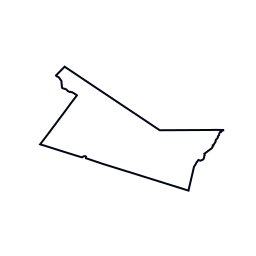 the district of Pastos Bons, Maranhão, Brazil, rotated 246°
{"feature_id": "56859067B22481122312291", "entity_name": "Pastos Bons", "entity_type": "district", "adm_level": 2, "iso_a3": "BRA", "parent_name": "Brazil", "parent_adm1": "Maranhão", "projection": "equal_earth", "projection_center": [-44.164, -6.652], "detail": "fine", "context": "isolated", "style": "outline", "palette": "ink", "viewbox_px": 256, "rotation_deg": 246, "n_neighbors": 0, "source": "geoboundaries", "source_scale": "gbopen_adm2", "svg_char_len": 1540}
<svg xmlns="http://www.w3.org/2000/svg" viewBox="0 0 256 256"><g transform="rotate(246 128 128)"><path d="M87.1,214.9L90.5,207.6L91.9,204.3L93.3,201.0L95.7,195.7L97.0,192.6L111.8,158.9L112.6,157.1L113.0,156.1L144.4,136.3L147.0,134.6L166.4,122.4L179.8,113.9L193.5,105.3L195.1,104.3L196.1,103.7L207.9,96.2L209.8,95.1L206.5,86.7L205.3,83.6L204.5,83.7L203.9,84.2L203.0,85.0L202.0,85.6L199.8,85.9L198.8,86.2L198.0,86.3L197.1,86.0L196.3,85.6L195.0,85.2L194.3,85.1L193.4,84.7L192.3,84.3L191.6,84.1L190.7,84.6L189.9,85.7L189.0,86.7L188.0,87.5L187.2,87.8L186.4,88.0L184.9,89.1L184.4,90.2L183.7,91.0L183.2,91.7L181.2,93.0L179.5,94.2L178.6,94.6L176.1,90.1L174.3,86.7L168.5,76.6L161.9,64.7L160.8,62.9L159.0,59.5L156.8,55.7L148.8,41.1L147.8,42.2L146.5,43.7L146.0,44.4L134.7,57.1L133.8,58.1L128.2,64.5L121.1,72.6L120.5,73.3L119.9,74.2L120.0,75.1L120.2,76.0L119.6,77.6L118.9,78.0L117.5,77.3L105.0,90.9L103.7,92.4L92.3,105.4L90.0,108.0L88.7,109.5L86.9,111.6L86.2,112.4L77.1,122.7L63.0,138.7L46.2,157.8L48.0,159.1L60.0,168.2L65.7,172.5L66.8,174.2L67.8,175.7L68.7,176.6L69.1,177.8L69.9,178.5L70.1,179.4L68.7,180.8L68.6,183.5L69.1,184.6L70.3,185.7L71.5,186.3L72.0,187.1L72.7,187.2L73.4,187.2L73.6,188.1L73.9,189.5L74.1,190.6L74.5,191.9L74.7,193.1L75.1,194.7L75.4,196.2L75.9,197.1L76.6,197.6L77.1,198.7L77.8,198.5L78.1,199.6L78.7,200.8L79.5,201.9L80.1,202.7L80.9,202.9L81.6,203.7L81.9,204.8L82.4,205.7L82.9,206.3L83.8,206.7L84.5,208.3L85.8,209.1L86.8,210.3L86.5,211.4L87.0,212.2L87.2,213.5L87.1,214.9Z" fill="none" stroke="#020617" stroke-width="2"/></g></svg>